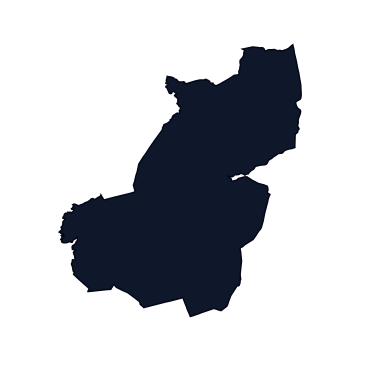 the district of Ham Thuan Bac, Bình Thuận, Vietnam, rotated 73°
{"feature_id": "81297802B59459676884366", "entity_name": "Ham Thuan Bac", "entity_type": "district", "adm_level": 2, "iso_a3": "VNM", "parent_name": "Vietnam", "parent_adm1": "Bình Thuận", "projection": "equal_earth", "projection_center": [107.987, 11.155], "detail": "fine", "context": "isolated", "style": "filled", "palette": "ink", "viewbox_px": 384, "rotation_deg": 73, "n_neighbors": 0, "source": "geoboundaries", "source_scale": "gbopen_adm2", "svg_char_len": 5978}
<svg xmlns="http://www.w3.org/2000/svg" viewBox="0 0 384 384"><g transform="rotate(73 192 192)"><path d="M217.1,118.2L215.5,119.7L214.5,120.1L213.7,119.8L212.4,118.8L210.4,118.4L209.0,118.3L208.3,118.5L207.4,119.8L206.6,120.7L203.2,126.1L197.8,131.6L195.8,133.1L194.7,134.3L193.9,134.6L193.1,136.5L192.8,138.4L192.8,141.2L192.6,143.2L192.7,144.0L193.3,144.6L193.6,145.4L193.7,148.3L193.4,150.3L193.1,150.8L192.9,150.8L190.6,150.8L188.6,152.5L187.5,152.9L188.0,151.4L188.9,150.0L189.1,148.8L188.9,147.7L188.1,146.2L188.0,145.7L188.6,144.3L188.9,141.7L188.8,141.1L188.2,140.3L188.1,139.8L188.3,139.4L189.0,139.0L190.1,137.3L191.2,136.7L191.3,136.0L190.7,134.5L191.1,133.1L190.5,132.1L189.8,131.7L189.4,130.3L188.6,128.8L188.4,127.3L188.0,126.2L186.0,123.9L186.2,119.3L187.2,114.4L187.2,113.2L186.5,111.8L184.2,109.7L183.9,109.4L183.1,105.9L182.2,104.0L181.4,101.0L180.5,98.5L180.5,97.8L181.0,95.5L181.1,94.4L180.5,93.1L179.4,91.4L179.3,91.0L179.2,89.7L179.2,86.4L179.6,83.9L179.5,80.6L178.2,80.3L167.6,76.7L167.1,76.4L166.6,75.6L166.0,74.2L165.5,73.3L164.3,73.0L163.8,72.5L163.2,71.3L162.4,71.2L160.3,71.7L159.5,71.6L156.4,70.0L154.2,69.5L151.3,67.6L149.4,66.0L146.9,64.6L145.3,64.5L144.4,65.3L143.3,65.9L142.9,66.5L140.1,67.0L138.2,67.0L137.1,66.8L136.4,66.5L136.0,66.1L135.7,65.1L134.9,61.5L133.7,60.3L130.7,59.1L121.3,56.7L111.5,55.5L110.0,55.2L104.2,54.8L96.9,54.0L89.2,53.5L85.4,52.9L80.7,52.6L81.2,54.0L82.4,56.5L83.0,58.0L83.4,60.8L83.4,64.6L83.2,65.2L82.4,66.2L82.2,67.6L81.7,69.1L79.7,71.8L79.4,73.8L78.5,76.7L78.4,77.9L78.6,79.8L78.6,80.7L78.3,81.0L76.1,81.3L75.5,81.6L74.9,82.1L74.4,83.2L73.8,85.5L72.9,87.0L72.6,88.0L71.1,91.4L70.1,101.9L71.6,100.4L72.0,100.3L74.2,101.8L75.9,102.3L76.6,102.7L78.3,104.5L80.0,107.2L80.7,107.7L81.8,108.1L85.1,108.6L86.3,109.5L88.8,110.5L89.9,111.7L92.9,112.6L93.6,113.0L92.9,116.8L92.8,117.8L93.7,120.3L95.0,125.3L97.0,134.2L97.5,137.3L97.3,137.7L97.0,138.8L96.7,139.3L95.8,139.5L95.1,140.8L94.8,140.7L94.3,140.1L94.1,140.1L93.4,142.2L92.8,143.0L91.5,142.8L91.1,142.9L90.4,143.9L89.6,144.2L89.2,144.9L88.3,145.8L88.2,146.2L88.4,147.7L87.8,150.0L87.3,151.1L87.0,154.0L86.8,157.3L86.8,165.4L86.6,166.7L86.5,166.9L85.5,166.8L84.5,167.3L84.1,168.0L83.8,170.0L82.9,172.3L81.4,173.4L80.1,173.8L79.6,174.3L78.9,175.6L77.9,176.0L77.0,176.9L75.8,178.6L74.5,181.6L74.2,181.9L74.9,182.2L77.6,183.8L79.3,184.2L80.4,185.2L80.8,185.0L81.7,183.5L82.5,183.5L83.0,184.1L83.3,186.0L84.0,186.3L85.8,185.2L87.5,185.2L88.9,184.9L90.4,184.9L91.0,184.6L91.7,183.6L91.7,183.0L91.4,182.4L90.4,181.6L90.2,181.1L90.3,180.5L91.0,179.6L92.2,178.9L93.2,178.0L93.5,178.2L94.3,180.1L94.7,180.5L95.3,180.3L97.8,178.6L99.4,178.3L100.6,178.9L101.7,179.1L103.0,180.5L103.4,180.4L104.4,179.5L105.8,179.5L106.5,178.7L107.2,178.5L108.9,178.6L109.6,179.1L110.5,180.3L112.6,180.3L113.0,180.7L113.1,181.1L112.3,183.0L112.3,183.8L113.2,186.5L113.3,187.4L113.5,187.7L114.1,187.3L114.3,187.5L114.2,188.3L114.6,188.9L116.4,190.0L116.5,190.3L116.4,191.1L116.4,191.5L117.2,191.6L117.5,191.9L118.6,193.9L119.2,196.1L119.4,199.1L120.9,200.2L122.1,201.4L123.4,201.8L124.1,202.4L131.6,212.4L137.0,219.3L141.1,224.1L144.5,228.6L149.8,234.7L156.4,238.3L159.8,240.7L165.2,243.8L168.3,246.0L174.8,246.2L175.2,246.3L175.3,249.0L175.2,252.8L174.3,268.6L173.9,278.6L168.2,280.0L168.9,280.4L169.4,281.4L169.9,284.0L170.6,286.1L170.6,287.3L170.1,288.1L169.5,288.5L169.2,288.9L169.2,290.0L169.3,290.6L170.3,292.5L170.5,293.4L171.0,294.8L171.0,297.6L171.4,298.5L171.7,299.7L171.8,302.8L172.2,304.2L169.6,307.4L169.0,308.4L169.2,308.6L169.3,309.7L170.1,309.3L170.7,309.4L172.6,311.3L172.7,312.1L173.2,312.1L173.7,311.5L173.7,310.9L174.0,309.7L174.6,310.5L175.4,310.5L175.7,310.8L176.7,313.4L175.8,314.1L175.7,315.2L175.0,316.9L175.8,317.8L175.9,318.4L175.4,319.2L175.4,319.5L175.6,320.0L176.0,320.5L177.1,321.1L178.1,322.3L179.0,323.1L179.3,323.0L179.7,322.6L180.2,321.4L180.5,321.3L180.8,321.5L181.8,322.4L182.5,323.9L182.9,324.2L183.9,324.5L186.3,325.6L186.6,326.0L187.4,327.5L189.4,327.4L190.2,327.8L190.5,328.4L191.0,330.0L191.4,330.7L191.6,330.8L192.4,329.8L193.3,329.3L194.0,327.5L194.3,327.1L194.5,327.1L194.8,327.3L195.1,329.3L195.4,329.8L195.9,329.6L196.2,329.1L196.3,327.1L196.8,327.1L197.1,327.7L197.0,329.1L197.1,329.5L197.5,329.8L198.4,330.0L198.6,330.9L199.1,331.4L199.5,331.2L200.3,330.1L200.9,330.2L201.3,331.1L202.1,330.9L202.6,330.4L203.3,328.7L203.8,326.7L203.7,322.7L204.7,322.4L205.0,321.2L204.8,320.8L203.7,320.4L203.3,320.0L202.6,317.2L201.7,315.6L201.5,314.9L203.4,315.4L204.4,315.3L204.9,315.5L205.3,316.6L206.0,317.5L206.5,317.9L207.5,318.3L207.7,319.6L208.3,320.6L208.3,321.4L208.5,321.9L209.6,322.8L210.0,322.8L210.1,322.3L210.4,322.2L211.5,323.2L211.9,323.1L212.2,322.2L212.7,322.0L213.2,320.8L213.6,320.7L214.0,320.8L214.3,321.2L214.6,322.4L215.0,323.0L217.1,323.2L217.5,323.0L218.3,322.9L218.6,322.3L218.8,322.3L219.7,323.2L222.4,323.4L222.7,323.6L222.7,324.1L221.9,326.1L224.6,327.4L225.1,328.0L225.6,328.3L229.5,328.2L232.4,328.7L233.4,328.5L233.9,327.6L236.1,329.3L242.6,325.6L253.9,318.7L254.8,318.9L256.6,320.6L256.8,320.6L260.5,301.5L261.3,298.2L257.8,294.2L257.6,293.7L257.7,293.4L259.5,292.9L261.1,292.1L265.3,287.7L269.3,283.1L270.6,282.0L279.4,275.6L281.1,274.5L282.3,274.1L284.5,274.3L286.5,272.8L288.3,272.0L288.4,271.8L289.2,254.8L289.4,250.0L289.8,245.3L290.4,231.6L297.5,231.1L300.3,230.8L302.8,230.8L306.6,230.3L310.5,230.0L310.6,227.8L310.3,220.5L310.1,218.2L309.7,205.5L309.8,204.9L310.4,204.0L312.3,201.4L313.7,199.3L313.9,198.7L313.8,198.4L311.5,192.4L311.2,192.0L310.2,191.0L306.2,188.2L302.3,185.1L295.3,176.8L295.0,176.0L295.2,175.1L295.1,174.3L293.3,173.0L292.5,172.5L291.1,172.1L289.5,170.9L286.1,170.4L284.4,169.9L272.4,164.8L263.2,163.0L260.0,162.6L259.4,161.8L259.2,161.1L259.2,160.0L258.8,159.3L258.7,158.6L258.1,157.8L257.9,157.3L255.3,147.7L255.1,147.3L252.4,143.8L249.9,140.9L248.6,139.2L247.4,137.3L246.3,136.2L240.9,132.7L232.9,128.4L223.5,122.6L220.2,120.8L217.1,118.2Z" fill="#0f172a" stroke="#020617" stroke-width="1.5"/></g></svg>